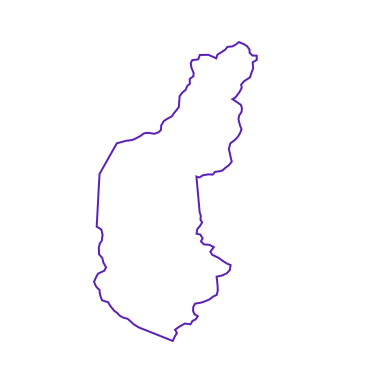 Diamante, Paraíba, Brazil, rotated 228°
{"feature_id": "56859067B40702424285398", "entity_name": "Diamante", "entity_type": "district", "adm_level": 2, "iso_a3": "BRA", "parent_name": "Brazil", "parent_adm1": "Paraíba", "projection": "albers", "projection_center": [-38.317, -7.445], "detail": "fine", "context": "isolated", "style": "outline", "palette": "violet", "viewbox_px": 384, "rotation_deg": 228, "n_neighbors": 0, "source": "geoboundaries", "source_scale": "gbopen_adm2", "svg_char_len": 2123}
<svg xmlns="http://www.w3.org/2000/svg" viewBox="0 0 384 384"><g transform="rotate(228 192 192)"><path d="M267.3,135.4L257.9,125.9L245.6,113.6L234.5,102.5L230.1,98.0L224.9,99.5L220.1,97.0L216.2,92.4L215.4,89.1L213.1,85.6L207.8,81.2L203.0,81.2L198.8,78.9L193.5,77.7L192.2,74.1L194.2,67.6L193.1,64.3L190.9,59.2L187.9,58.0L184.9,57.4L181.0,57.7L178.2,55.5L175.3,54.1L171.9,52.7L168.9,54.2L166.4,55.9L161.7,55.0L155.9,54.7L152.0,55.5L148.7,55.5L144.8,56.7L140.9,59.3L135.9,59.9L132.5,60.2L127.1,61.8L94.2,78.0L96.2,82.7L97.3,86.5L101.0,87.2L100.5,91.9L99.0,98.7L94.7,102.3L95.9,106.2L94.9,109.3L95.8,113.2L99.6,112.1L102.9,113.2L105.7,116.0L107.0,119.5L105.2,122.4L103.5,125.1L102.0,128.8L100.5,133.2L100.1,137.9L99.0,141.6L101.6,145.3L105.0,148.1L108.6,150.8L112.6,153.6L109.8,158.6L108.3,163.5L108.7,167.9L111.9,171.8L115.1,170.2L120.3,168.7L125.1,167.7L128.5,166.4L131.9,165.0L135.4,165.7L136.4,171.3L141.1,169.6L145.1,165.8L149.3,165.6L150.5,168.9L154.7,169.7L158.0,167.5L160.9,171.1L161.4,175.1L162.6,179.2L165.7,179.7L168.4,182.6L171.9,184.2L200.5,205.6L197.8,207.3L197.1,211.4L194.2,215.9L191.1,219.0L191.6,222.5L189.2,226.0L187.7,228.7L187.6,233.3L187.2,237.4L188.0,241.9L191.8,243.9L196.1,246.4L199.3,248.1L202.5,253.0L202.0,258.9L202.4,263.2L203.5,266.8L205.4,270.7L209.7,272.4L215.0,275.2L217.3,278.3L218.4,282.5L221.0,285.3L224.1,286.6L229.5,285.4L233.9,284.2L233.2,287.7L234.5,294.1L236.1,298.6L238.9,300.4L239.5,304.8L238.4,311.8L241.0,316.3L242.9,320.1L247.8,323.9L246.8,328.5L250.0,331.3L253.0,328.2L257.0,328.0L259.2,330.0L263.4,330.5L267.1,329.5L272.1,327.1L272.3,322.9L273.3,319.2L276.2,315.4L275.5,312.1L277.0,302.7L275.1,299.4L279.0,297.8L283.0,295.9L288.6,289.5L286.4,285.4L289.8,280.4L288.7,277.4L284.7,274.7L279.3,272.8L277.1,270.5L277.5,265.9L273.8,262.8L274.0,259.5L272.2,255.5L272.3,251.2L271.5,246.9L263.9,239.0L263.1,234.5L262.6,231.0L261.7,227.8L262.9,222.7L263.6,218.5L262.0,213.6L258.9,210.4L258.7,207.3L260.5,202.9L263.9,200.2L266.3,197.9L267.8,195.2L268.1,191.6L268.9,188.0L270.2,183.4L272.0,180.3L274.1,177.4L278.5,168.7L267.3,135.4Z" fill="none" stroke="#5b21b6" stroke-width="2"/></g></svg>